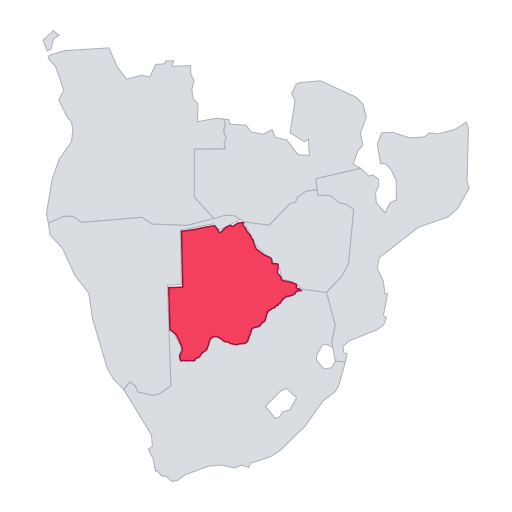 Botswana and the surrounding countries
{"feature_id": "BWA", "entity_name": "Botswana", "entity_type": "country or territory", "adm_level": 0, "iso_a3": "BWA", "parent_name": "Africa", "parent_adm1": "", "projection": "orthographic", "projection_center": [24.585, -22.321], "detail": "fine", "context": "with_neighbors", "style": "filled", "palette": "rose", "viewbox_px": 512, "rotation_deg": 0, "n_neighbors": 6, "source": "natural_earth", "source_scale": "50m", "svg_char_len": 6425}
<svg xmlns="http://www.w3.org/2000/svg" viewBox="0 0 512 512"><path d="M123.8,389.5L129.7,381.7L135.2,385.6L137.8,391.9L152.3,395.3L159.4,393.9L170.9,385.7L168.9,329.7L172.7,331.9L181.3,346.1L180.3,355.4L183.5,360.6L193.2,358.9L206.2,347.3L209.5,340.0L216.1,336.4L228.5,342.4L239.7,343.2L248.5,339.7L252.4,327.7L260.0,326.6L269.0,310.8L281.8,299.7L302.0,289.1L326.6,292.4L335.3,325.1L331.9,341.9L332.8,347.4L326.1,344.3L322.1,345.2L316.6,355.2L316.5,360.4L324.1,369.0L332.0,367.7L335.2,361.1L345.4,361.8L338.9,385.1L335.1,391.7L322.9,401.0L304.8,426.5L280.2,450.3L270.3,456.9L250.4,463.2L248.8,467.3L241.1,465.0L234.8,467.9L221.1,465.0L208.2,466.2L184.8,474.9L177.3,480.7L171.6,481.3L166.1,476.2L161.8,476.0L156.0,469.6L155.6,471.7L153.2,459.0L148.4,449.2L152.4,446.3L151.4,434.8L123.8,389.5ZM296.6,397.8L286.5,388.3L280.2,391.2L265.5,406.4L275.1,418.2L279.8,416.8L282.4,412.0L289.8,409.9L296.6,397.8Z" fill="#d9dde1" stroke="#a8b0b8" stroke-width="1"/><path d="M326.6,292.4L302.0,289.1L293.2,281.9L282.3,279.3L278.4,264.2L272.3,262.4L256.4,245.5L243.5,221.7L269.3,225.1L290.3,203.2L295.5,202.2L297.4,197.0L305.9,191.2L317.0,189.5L317.8,195.2L329.9,195.4L339.6,202.8L346.4,204.2L353.7,209.5L348.6,263.8L342.1,275.9L326.6,292.4Z" fill="#d9dde1" stroke="#a8b0b8" stroke-width="1"/><path d="M167.4,285.3L170.9,385.7L159.4,393.9L152.3,395.3L137.8,391.9L135.2,385.6L129.7,381.7L123.8,389.5L113.2,378.7L107.1,367.9L92.7,319.5L88.8,293.2L74.9,275.3L62.5,248.4L50.0,234.6L48.4,223.0L63.4,216.3L72.7,216.1L81.6,222.3L141.9,217.2L152.2,224.0L187.2,225.2L225.6,215.0L235.1,215.9L240.8,219.3L219.1,230.0L213.5,223.8L180.6,230.2L181.3,284.4L167.4,285.3Z" fill="#d9dde1" stroke="#a8b0b8" stroke-width="1"/><path d="M320.3,80.8L356.1,97.2L362.9,104.2L366.4,117.0L360.4,132.8L362.8,145.4L358.0,150.4L353.1,164.1L360.7,168.4L315.9,178.7L317.0,189.5L305.9,191.2L297.4,197.0L295.5,202.2L290.3,203.2L269.3,225.1L243.5,221.7L235.1,215.9L225.6,215.0L213.8,218.6L194.2,197.0L194.3,149.0L225.2,148.8L223.9,143.6L226.1,138.0L223.5,131.0L225.2,123.7L223.6,119.1L228.8,119.5L229.6,124.1L246.1,125.2L251.1,132.0L263.0,134.2L272.1,129.6L275.4,137.5L286.7,139.9L298.1,154.8L309.4,155.3L308.4,139.1L304.3,141.7L290.1,132.8L295.0,100.3L291.7,93.6L296.1,84.3L300.1,82.6L320.3,80.8Z" fill="#d9dde1" stroke="#a8b0b8" stroke-width="1"/><path d="M381.7,132.9L392.8,132.4L410.2,138.0L424.3,136.9L429.7,132.8L438.4,133.9L454.5,129.6L466.4,122.2L468.4,129.1L467.0,180.7L469.0,188.3L457.7,208.5L448.0,216.9L418.3,227.3L379.1,257.8L377.2,268.5L383.1,280.5L385.1,294.1L387.6,293.6L383.4,315.3L386.4,318.1L383.9,324.3L377.8,329.3L349.2,340.9L342.9,346.2L343.7,352.6L347.1,353.9L345.4,361.8L335.2,361.1L331.9,341.9L335.3,325.1L326.6,292.4L342.1,275.9L348.6,263.8L353.7,209.5L346.4,204.2L339.6,202.8L329.9,195.4L317.8,195.2L315.9,178.7L360.7,168.4L368.8,176.1L372.9,175.0L378.4,179.2L379.0,185.3L375.6,192.1L376.2,202.8L385.1,212.8L390.1,202.6L396.4,199.9L396.2,180.4L390.7,169.1L385.6,163.9L380.6,163.7L377.2,144.0L381.7,132.9Z" fill="#d9dde1" stroke="#a8b0b8" stroke-width="1"/><path d="M59.0,35.3L53.6,38.7L51.0,49.0L47.2,50.9L43.0,40.3L53.3,30.7L59.0,35.3ZM49.4,55.3L64.9,50.6L109.0,47.9L117.3,67.2L126.7,79.2L141.5,75.3L149.8,77.0L155.7,64.5L165.0,63.7L165.8,61.1L173.5,60.8L172.2,66.2L190.5,65.6L190.9,74.9L194.0,80.5L191.8,89.5L193.0,98.6L198.0,104.0L197.4,121.7L216.8,118.3L223.6,119.1L225.2,123.7L223.5,131.0L226.1,138.0L223.9,143.6L225.2,148.8L194.3,149.0L194.2,197.0L213.8,218.6L187.2,225.2L152.2,224.0L141.9,217.2L81.6,222.3L72.7,216.1L63.4,216.3L48.4,223.0L46.4,213.7L52.1,179.5L59.2,159.1L71.6,141.6L72.7,130.4L71.6,122.0L67.0,117.0L58.8,99.7L63.9,90.4L55.7,66.9L48.1,58.2L49.4,55.3Z" fill="#d9dde1" stroke="#a8b0b8" stroke-width="1"/><path d="M243.4,222.6L243.1,223.4L242.9,224.4L243.2,225.3L243.8,226.4L244.6,227.3L245.2,227.9L246.0,229.3L246.7,231.1L247.7,232.5L250.6,235.6L250.9,236.8L251.3,237.9L253.2,240.1L253.4,240.8L253.3,242.2L255.2,246.6L256.4,249.2L257.4,249.7L260.7,252.5L263.6,254.7L267.0,256.2L269.5,257.2L270.7,258.0L271.3,258.7L271.8,260.0L272.0,262.3L272.1,263.7L274.8,263.7L277.0,263.9L277.8,264.2L278.0,264.7L278.0,265.6L278.0,267.1L278.0,268.2L277.8,269.5L277.6,270.9L277.5,272.8L277.8,273.5L279.9,275.8L280.7,277.3L281.6,279.6L282.2,280.3L282.6,280.6L284.5,280.9L289.5,282.0L292.5,282.9L294.9,283.9L295.9,284.1L296.4,284.4L296.5,284.6L296.2,286.6L296.3,287.2L296.5,287.8L296.9,288.2L297.4,288.5L299.2,288.8L300.3,290.0L301.0,290.6L297.7,290.8L296.0,291.7L295.0,293.5L293.5,294.7L291.4,295.5L289.3,296.0L287.0,296.3L284.5,297.7L281.9,300.4L280.6,302.1L280.5,302.8L279.9,303.4L278.8,303.9L278.2,304.5L278.0,305.3L277.5,305.6L276.4,305.5L275.7,306.1L275.3,307.1L274.4,307.8L273.0,308.0L271.8,308.6L270.7,309.6L269.9,310.1L269.4,310.1L268.5,310.9L267.1,312.8L266.9,313.7L264.9,320.9L263.8,321.8L261.8,323.2L260.2,325.0L259.5,326.0L258.7,326.5L255.0,327.3L253.7,327.8L252.0,328.5L251.6,329.1L251.2,331.3L250.0,334.5L249.0,336.9L248.4,338.9L247.4,341.5L246.5,342.3L245.4,343.1L244.1,343.5L242.3,343.7L240.6,343.7L239.3,343.7L237.5,344.6L235.9,344.7L233.3,344.1L231.1,343.6L230.2,343.5L228.3,341.9L227.1,341.9L225.2,341.8L224.2,341.4L223.2,340.5L221.1,338.9L219.0,337.5L217.2,336.7L215.5,336.4L213.9,336.7L212.6,337.1L212.1,337.3L211.2,338.0L210.2,339.3L209.4,341.4L209.1,342.7L208.2,345.4L207.1,348.7L206.5,349.6L205.8,350.3L204.8,351.0L201.4,353.6L199.7,356.5L198.6,357.4L197.3,357.8L196.2,358.1L195.6,358.6L195.0,360.1L194.4,360.6L193.7,360.8L191.8,360.7L191.1,360.5L185.9,360.9L184.3,360.5L183.2,360.3L181.5,361.0L180.7,360.6L180.1,359.4L179.7,357.0L179.7,354.9L180.6,353.3L181.4,352.1L182.2,350.6L182.3,349.9L182.1,349.3L181.9,348.1L181.8,346.8L180.6,344.1L179.1,340.4L177.1,336.4L176.4,335.3L175.2,333.5L170.7,330.2L170.1,329.8L170.0,329.4L169.9,326.1L169.8,321.8L169.6,317.4L169.5,313.1L169.3,308.7L169.2,304.3L169.1,300.0L168.9,295.6L168.8,291.2L168.7,287.6L171.9,287.5L175.9,287.4L180.6,287.2L182.7,287.2L182.8,286.6L182.7,283.9L182.6,277.7L182.4,271.5L182.3,265.3L182.1,259.1L182.0,252.8L181.8,246.6L181.7,240.4L181.6,234.2L181.5,231.2L185.2,230.9L189.5,230.2L196.4,229.1L202.9,227.7L207.1,226.9L212.2,226.0L213.9,225.8L214.3,225.9L215.0,226.2L217.4,229.3L218.8,231.6L219.1,232.6L219.4,232.7L220.1,232.6L220.9,232.2L223.2,229.8L223.7,229.2L225.2,228.1L227.1,226.9L228.7,226.1L230.4,225.4L231.2,225.6L232.1,226.2L232.9,226.5L236.7,223.7L238.4,223.0L242.8,222.5L243.4,222.6Z" fill="#f43f5e" stroke="#9f1239" stroke-width="1.5"/></svg>